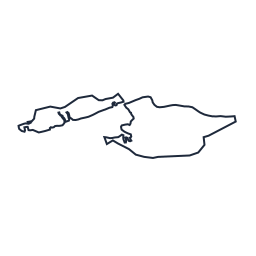 Aswan, Aswan, Egypt, rotated 78°
{"feature_id": "37247803B76296882951531", "entity_name": "Aswan", "entity_type": "district", "adm_level": 2, "iso_a3": "EGY", "parent_name": "Egypt", "parent_adm1": "Aswan", "projection": "equal_earth", "projection_center": [32.878, 24.033], "detail": "fine", "context": "isolated", "style": "outline", "palette": "slate", "viewbox_px": 256, "rotation_deg": 78, "n_neighbors": 0, "source": "geoboundaries", "source_scale": "gbopen_adm2", "svg_char_len": 3011}
<svg xmlns="http://www.w3.org/2000/svg" viewBox="0 0 256 256"><g transform="rotate(78 128 128)"><path d="M139.3,152.0L137.0,145.4L141.1,141.0L148.9,131.4L155.7,125.9L159.6,118.2L162.5,109.8L162.5,104.7L167.7,73.4L166.6,64.4L160.4,56.7L152.7,55.9L152.3,50.8L144.1,21.3L142.5,21.3L140.5,21.3L140.2,21.3L138.6,21.3L138.1,25.1L137.3,30.0L135.6,35.0L135.0,39.6L134.5,41.4L134.2,42.9L132.6,46.7L130.7,50.5L127.9,54.2L126.4,55.7L123.7,58.2L121.1,60.7L120.3,62.5L119.5,64.4L118.6,68.3L116.6,73.3L115.4,76.4L114.9,79.3L114.8,81.9L114.8,88.4L114.3,92.7L113.3,95.3L110.9,97.3L108.1,98.5L107.8,98.5L107.7,98.5L106.3,98.5L105.9,98.5L102.6,99.5L101.4,101.8L101.0,107.4L101.8,110.9L102.3,114.7L103.7,122.0L103.8,125.6L104.6,126.7L105.9,126.2L106.9,125.8L107.7,125.5L109.8,123.8L113.2,122.7L113.7,121.9L113.8,121.9L115.3,121.9L118.4,120.4L120.0,120.5L120.9,122.0L122.2,123.9L124.3,124.7L125.4,125.8L124.3,127.4L124.1,130.1L124.2,133.6L125.4,134.6L128.2,134.6L130.8,132.3L131.8,131.1L133.3,129.1L134.8,126.6L137.0,126.6L137.9,127.5L137.9,128.1L139.6,128.0L141.1,127.4L141.4,128.7L140.9,129.7L139.5,130.3L137.6,130.5L136.8,131.7L136.8,132.6L137.9,132.4L140.1,132.4L141.7,133.1L141.5,134.3L140.0,134.5L138.2,134.8L136.8,134.7L136.1,134.6L134.1,134.0L133.2,135.4L134.0,137.1L134.9,139.4L134.7,141.3L134.6,142.0L134.5,143.1L134.5,145.3L134.5,145.5L134.2,147.7L132.7,150.9L132.0,153.0L139.3,152.0ZM101.4,126.9L100.1,126.8L92.5,130.6L95.2,136.4L95.0,143.9L95.6,147.2L94.7,150.8L88.8,156.4L88.3,170.6L94.3,185.3L94.8,190.1L90.9,199.6L91.4,214.4L94.6,215.9L97.5,217.3L99.2,217.8L99.6,218.2L100.0,218.7L100.2,219.1L101.2,220.4L101.3,221.9L101.3,222.2L101.3,222.8L101.2,224.9L101.3,224.9L101.8,224.6L101.8,223.0L102.1,222.7L102.6,222.2L102.7,222.5L103.2,224.3L102.4,226.6L102.2,227.1L102.2,228.5L102.2,228.8L102.6,231.7L102.8,233.1L103.1,234.6L104.8,234.7L106.2,234.6L106.3,234.6L108.8,232.6L110.1,230.0L108.9,229.2L106.8,229.2L106.7,229.2L105.8,229.2L105.8,227.4L106.0,225.9L109.4,225.7L109.9,224.3L110.1,221.5L113.8,216.2L113.8,213.8L113.7,209.7L113.3,204.7L111.8,204.4L111.2,203.2L111.8,202.5L111.8,200.4L111.0,199.1L111.0,197.6L111.2,196.6L111.5,195.3L111.7,194.2L111.7,191.5L110.0,189.3L109.1,189.0L108.2,188.7L106.9,188.7L105.2,189.6L104.0,190.2L103.0,190.6L102.2,190.7L101.6,191.6L100.7,192.0L99.7,192.7L98.5,192.8L98.5,192.0L99.8,192.0L100.9,191.4L101.8,190.4L102.4,189.5L103.6,189.5L104.6,188.7L105.0,188.5L106.0,188.1L107.5,187.8L109.0,188.1L108.5,184.3L107.4,183.7L105.9,184.0L105.3,184.0L103.8,184.0L101.9,184.0L100.0,184.9L99.8,184.0L101.1,183.0L102.7,182.9L105.3,182.9L105.5,182.9L107.1,181.3L108.6,180.2L109.3,177.6L109.3,174.8L108.9,172.1L108.9,171.9L108.9,169.3L108.9,167.6L108.8,164.3L107.9,159.8L107.2,157.2L106.1,153.4L105.3,147.8L105.2,146.6L104.9,145.0L104.3,141.9L104.3,139.0L103.0,138.2L101.0,138.2L100.1,137.3L100.1,137.1L100.0,135.9L100.6,135.5L101.9,137.1L103.3,135.7L103.3,134.5L101.9,133.7L101.6,132.6L101.6,129.6L101.4,127.7L101.4,127.2L101.4,126.9Z" fill="none" stroke="#1e293b" stroke-width="2"/></g></svg>